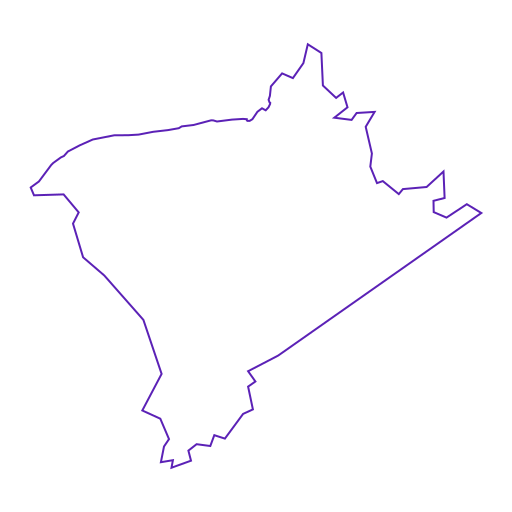 Crittenden, Kentucky, United States of America
{"feature_id": "52423323B72365040154578", "entity_name": "Crittenden", "entity_type": "district", "adm_level": 2, "iso_a3": "USA", "parent_name": "United States of America", "parent_adm1": "Kentucky", "projection": "natural_earth1", "projection_center": [-88.105, 37.337], "detail": "fine", "context": "isolated", "style": "outline", "palette": "violet", "viewbox_px": 512, "rotation_deg": 0, "n_neighbors": 0, "source": "geoboundaries", "source_scale": "gbopen_adm2", "svg_char_len": 1251}
<svg xmlns="http://www.w3.org/2000/svg" viewBox="0 0 512 512"><path d="M30.7,187.5L34.0,195.3L63.6,194.4L78.7,212.4L73.0,223.6L83.1,257.3L104.3,275.5L143.4,319.9L161.6,373.9L142.3,410.5L160.3,418.7L169.0,439.1L164.0,446.5L160.9,462.2L172.9,460.2L171.5,467.7L191.0,460.7L188.4,450.6L196.6,444.2L210.3,446.0L214.3,435.2L224.9,438.6L243.1,413.9L252.9,409.4L248.1,386.6L255.4,381.5L248.1,371.2L278.1,355.6L481.3,213.0L466.8,204.2L446.5,217.6L433.7,212.1L433.5,200.8L444.6,198.0L443.5,171.5L426.6,187.0L402.9,189.1L398.8,194.1L382.8,181.1L377.0,183.1L370.3,166.6L371.9,153.5L365.7,126.8L374.6,111.9L356.6,113.0L351.6,119.9L334.3,117.7L347.5,107.3L343.1,92.5L336.1,97.9L322.9,85.5L321.4,53.0L307.8,44.3L303.4,63.1L292.9,78.1L282.1,73.4L270.9,86.4L270.9,86.5L269.9,95.9L268.6,99.8L269.6,102.5L270.2,102.8L270.1,104.0L268.5,107.3L265.7,110.3L265.1,110.0L262.0,108.3L257.4,111.8L252.4,119.2L249.6,120.9L247.4,120.9L246.8,120.2L246.8,119.2L243.0,118.9L232.0,119.6L217.0,121.5L213.3,120.4L211.2,120.3L193.5,125.0L181.7,126.4L178.8,128.2L168.0,130.1L153.2,131.8L138.6,134.6L128.3,135.2L114.2,135.3L92.8,139.5L79.8,145.3L67.9,151.5L63.9,156.0L60.9,157.4L53.3,162.9L51.2,165.0L38.9,181.5L30.8,187.4L30.7,187.5Z" fill="none" stroke="#5b21b6" stroke-width="2"/></svg>